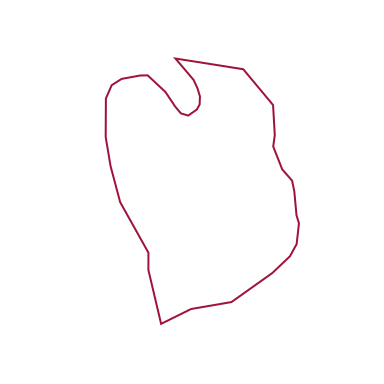 map outline of Hrastnik (orthographic projection), rotated 204°
{"feature_id": "SVN-951", "entity_name": "Hrastnik", "entity_type": "Municipality", "adm_level": 1, "iso_a3": "SVN", "parent_name": "Slovenia", "parent_adm1": "", "projection": "orthographic", "projection_center": [15.129, 46.135], "detail": "fine", "context": "isolated", "style": "outline", "palette": "rose", "viewbox_px": 384, "rotation_deg": 204, "n_neighbors": 0, "source": "natural_earth", "source_scale": "10m", "svg_char_len": 590}
<svg xmlns="http://www.w3.org/2000/svg" viewBox="0 0 384 384"><g transform="rotate(204 192 192)"><path d="M195.1,325.0L153.3,304.4L139.5,277.6L136.3,266.6L118.7,249.3L105.2,243.1L98.8,234.2L87.1,213.3L81.5,206.8L75.2,186.9L76.4,173.1L85.6,150.8L111.2,107.5L145.2,84.8L166.6,59.0L200.1,103.0L207.1,118.8L253.5,153.5L276.9,182.5L293.2,207.1L308.7,242.4L308.8,256.9L302.3,266.7L286.5,277.5L279.9,280.5L257.0,272.6L242.1,263.2L234.1,259.3L226.5,260.3L221.2,269.2L220.6,275.0L223.6,282.5L228.9,288.7L236.2,295.1L261.4,307.2L195.1,325.0Z" fill="none" stroke="#9f1239" stroke-width="2"/></g></svg>